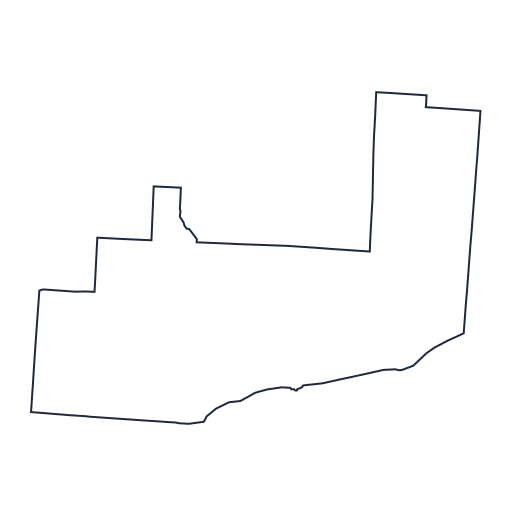 Cook, Illinois, United States of America (Mercator projection), rotated 94°
{"feature_id": "52423323B18311449553443", "entity_name": "Cook", "entity_type": "district", "adm_level": 2, "iso_a3": "USA", "parent_name": "United States of America", "parent_adm1": "Illinois", "projection": "mercator", "projection_center": [-87.813, 41.812], "detail": "fine", "context": "isolated", "style": "outline", "palette": "slate", "viewbox_px": 512, "rotation_deg": 94, "n_neighbors": 0, "source": "geoboundaries", "source_scale": "gbopen_adm2", "svg_char_len": 1762}
<svg xmlns="http://www.w3.org/2000/svg" viewBox="0 0 512 512"><g transform="rotate(94 256 256)"><path d="M84.2,147.5L88.7,147.4L108.4,146.9L110.0,146.9L120.8,146.7L125.5,146.7L132.1,146.5L146.4,146.0L174.0,144.6L192.0,143.7L195.7,143.7L220.2,143.4L234.5,143.1L243.6,142.8L243.7,175.5L243.7,182.0L243.6,197.3L243.7,225.2L244.6,252.4L245.1,266.3L245.2,269.5L245.4,275.6L245.4,276.1L245.5,281.9L246.4,313.9L246.5,316.1L243.3,316.2L233.9,324.4L233.4,327.2L231.1,329.3L227.4,330.7L222.1,334.7L215.7,334.5L214.9,335.2L204.3,335.4L193.1,335.7L193.3,345.2L193.7,362.9L247.6,361.4L248.3,388.6L248.8,415.6L294.0,414.7L303.0,414.6L303.3,423.8L304.2,433.6L304.2,451.6L304.2,466.1L305.6,469.7L346.9,469.8L367.6,469.8L368.0,469.8L403.4,469.6L403.5,469.6L412.4,469.6L427.4,469.5L427.5,457.2L427.7,436.9L427.8,432.5L427.7,414.2L427.9,411.6L427.9,399.3L427.9,391.5L427.9,374.7L427.8,368.6L427.9,367.0L427.8,341.8L427.8,331.7L427.7,324.8L428.2,321.3L428.1,311.5L425.0,296.4L419.4,294.0L411.1,285.3L403.8,272.8L401.9,262.4L401.7,261.4L398.8,257.0L398.8,256.9L397.3,254.6L396.6,253.5L392.5,247.3L388.4,235.8L385.2,221.0L385.1,212.6L386.5,211.3L386.2,208.8L386.9,208.3L387.4,207.4L387.4,206.4L387.1,205.8L387.1,205.7L386.3,205.7L386.2,205.7L384.7,202.8L383.6,200.7L382.1,200.3L381.6,198.9L381.3,197.1L378.4,180.9L376.2,173.5L374.2,166.6L373.4,164.1L370.3,153.2L361.8,124.5L360.7,120.7L359.3,108.9L360.0,105.8L359.5,102.4L354.5,91.5L341.1,79.2L334.8,71.4L326.9,58.6L323.2,51.7L318.6,43.4L289.8,43.3L277.3,43.1L259.1,43.0L237.1,42.9L236.2,42.9L231.6,42.9L213.6,42.6L204.5,42.6L195.5,42.5L150.0,42.3L144.3,42.2L136.4,42.2L113.7,42.2L95.6,42.2L95.6,81.1L95.7,97.0L93.3,96.9L83.8,97.1L84.0,129.3L84.0,130.2L84.0,131.5L84.2,147.5Z" fill="none" stroke="#1e293b" stroke-width="2"/></g></svg>